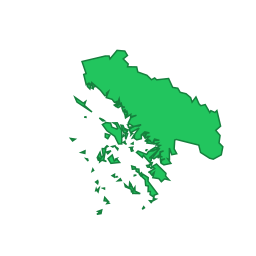 outline of Myeik, Tanintharyi, Myanmar, rotated 320°
{"feature_id": "60261553B82376991609151", "entity_name": "Myeik", "entity_type": "district", "adm_level": 2, "iso_a3": "MMR", "parent_name": "Myanmar", "parent_adm1": "Tanintharyi", "projection": "mercator", "projection_center": [98.426, 12.423], "detail": "fine", "context": "isolated", "style": "filled", "palette": "green", "viewbox_px": 256, "rotation_deg": 320, "n_neighbors": 0, "source": "geoboundaries", "source_scale": "gbopen_adm2", "svg_char_len": 6062}
<svg xmlns="http://www.w3.org/2000/svg" viewBox="0 0 256 256"><g transform="rotate(320 128 128)"><path d="M128.5,58.5L123.8,68.0L127.0,68.5L127.5,71.3L129.4,69.8L131.2,81.2L131.0,88.4L132.7,89.1L134.0,87.4L136.6,87.4L130.9,90.7L134.3,95.9L134.1,99.7L137.2,100.7L135.0,100.6L134.7,102.8L140.0,99.9L137.1,104.7L132.7,103.8L133.5,106.1L137.6,106.8L137.4,105.2L137.8,104.4L138.8,104.6L137.1,107.8L139.0,109.9L136.2,108.8L135.0,112.0L138.2,111.8L135.9,112.7L138.0,114.3L137.2,115.9L135.3,112.6L133.7,117.0L135.4,116.8L136.1,117.4L136.6,116.6L136.9,116.8L136.3,117.5L133.4,117.3L132.6,118.7L138.9,119.4L137.2,121.1L142.7,123.7L136.9,121.9L131.3,124.4L133.3,130.4L140.2,133.8L138.1,133.7L134.1,130.9L132.5,130.6L131.6,129.6L130.8,129.7L130.3,129.6L128.8,128.5L130.2,130.1L128.1,129.9L126.9,133.2L136.5,135.2L128.9,137.1L126.3,139.9L127.1,142.7L131.4,144.8L133.7,141.8L138.4,141.7L141.3,145.5L139.0,144.1L134.5,146.1L134.6,146.9L137.9,147.2L138.9,148.2L132.9,149.0L133.9,151.1L134.5,150.3L136.1,150.1L136.9,151.8L136.7,152.9L135.8,150.4L132.9,151.7L136.6,155.7L141.2,153.5L144.1,157.6L139.9,154.3L137.6,157.0L141.4,158.9L138.7,159.2L141.4,162.0L138.1,161.6L138.8,164.0L127.4,166.5L128.0,168.3L135.0,168.8L137.3,166.9L140.6,168.4L137.0,167.4L135.6,169.4L131.3,170.2L134.3,170.1L135.9,172.2L134.1,170.6L131.8,174.2L133.1,173.6L136.6,175.4L132.7,174.3L130.8,176.4L131.8,179.3L138.1,182.7L138.6,177.2L139.5,178.8L146.8,169.9L144.4,176.6L148.8,179.0L149.9,173.7L156.1,167.2L157.7,167.9L171.2,186.6L167.9,193.4L171.1,203.6L173.3,206.7L182.2,208.5L188.6,203.3L188.2,197.9L193.7,192.9L193.7,186.2L200.1,186.1L207.3,171.8L204.6,172.0L202.6,168.0L200.6,168.7L202.2,159.7L198.1,157.7L197.9,155.1L200.0,147.9L193.7,149.4L195.5,145.0L194.5,139.1L190.9,134.2L191.7,129.5L188.3,125.6L190.9,116.2L180.9,109.5L180.6,106.8L177.0,106.1L176.4,99.8L171.5,91.4L173.9,86.8L167.0,80.8L169.3,79.1L168.7,72.0L174.2,72.1L175.0,67.0L169.5,61.5L158.6,63.5L159.8,60.7L156.8,58.2L135.5,47.5L130.9,59.4L128.5,58.5ZM114.5,109.6L110.6,108.9L110.1,116.5L112.5,125.8L110.5,134.1L113.0,136.2L121.6,125.8L123.1,117.1L120.1,114.7L121.0,117.7L119.9,121.6L118.8,121.7L116.2,117.0L117.8,113.0L114.5,109.6ZM126.7,173.9L120.2,172.8L119.6,173.7L122.2,174.6L122.4,176.3L114.9,175.1L116.9,175.6L118.0,176.3L116.0,176.0L116.0,179.7L117.1,180.0L117.9,178.8L119.6,178.8L115.1,182.0L119.1,186.6L119.0,190.6L123.3,190.5L126.1,194.2L125.9,189.0L127.9,187.1L126.7,173.9ZM109.8,173.2L107.3,173.7L107.9,178.6L104.6,183.4L106.2,185.5L102.5,189.6L104.3,191.0L102.1,193.2L103.3,197.4L100.3,199.8L103.8,200.5L102.4,198.8L104.8,196.3L108.3,197.5L109.1,181.7L111.6,179.0L109.8,173.2ZM120.9,152.1L118.8,152.2L120.1,159.8L122.2,158.8L122.5,167.8L124.9,167.8L127.1,165.6L125.5,164.9L125.7,164.7L136.0,164.4L136.4,162.5L133.1,161.9L128.7,159.2L125.3,160.2L120.9,152.1ZM97.6,129.7L95.1,127.2L94.7,127.5L91.4,133.1L88.6,133.7L91.0,128.6L85.4,130.9L84.3,134.3L86.6,132.1L87.1,133.7L84.6,135.8L87.3,135.9L89.9,139.8L88.9,136.8L97.6,129.7ZM98.6,138.5L93.0,138.6L92.2,144.1L99.4,149.0L99.5,145.0L96.3,144.4L98.6,138.5ZM107.1,70.3L105.6,75.3L110.7,92.6L109.1,82.6L112.6,80.4L109.7,80.2L107.1,70.3ZM89.3,169.1L88.2,171.4L91.0,176.8L89.7,179.1L91.4,179.3L89.6,181.2L95.2,186.1L92.8,180.8L95.1,177.9L92.6,178.8L93.5,175.3L89.9,173.3L89.3,169.1ZM124.4,121.3L121.9,128.8L123.6,130.7L125.5,128.9L124.3,127.4L125.8,122.9L124.4,121.3ZM107.0,117.8L104.7,120.3L105.6,123.2L109.6,121.8L107.0,117.8ZM119.0,135.2L124.1,132.2L122.3,130.1L119.0,135.2ZM55.2,173.9L51.3,172.5L52.3,174.5L48.7,174.1L52.3,176.2L55.2,173.9ZM125.2,68.6L123.6,70.1L123.9,73.6L127.0,71.2L125.2,68.6ZM137.4,162.9L137.0,160.4L131.6,159.6L132.8,161.3L137.4,162.9ZM65.7,171.5L65.6,166.2L62.9,168.3L65.7,171.5ZM107.9,164.5L106.5,166.3L107.6,169.8L109.9,166.5L107.9,164.5ZM106.4,159.5L104.8,162.4L107.5,164.2L108.5,162.7L106.4,159.5ZM100.3,134.5L96.0,132.5L95.9,134.8L100.3,134.5ZM80.4,117.8L76.3,116.6L78.6,119.7L80.4,117.8ZM80.4,102.6L77.3,99.1L77.2,102.3L80.4,102.6ZM135.0,145.3L137.8,143.5L138.0,142.1L134.7,142.8L135.0,145.3ZM127.8,71.7L127.1,74.1L129.3,75.1L129.7,72.7L127.8,71.7ZM109.6,170.9L107.1,170.7L107.0,172.9L109.1,172.7L109.6,170.9ZM118.2,168.7L117.8,170.5L119.2,171.9L120.3,169.9L118.2,168.7ZM67.2,155.4L64.2,155.7L64.0,157.7L67.2,155.4ZM117.1,136.2L115.1,136.0L116.3,139.6L116.2,137.7L117.1,136.2ZM117.3,148.7L117.7,146.4L116.6,145.9L115.7,148.0L117.3,148.7ZM119.3,145.7L117.2,144.4L118.0,146.4L119.3,145.7ZM94.3,170.8L92.1,173.0L93.4,174.6L94.1,173.4L94.3,170.8ZM100.5,128.1L97.3,128.4L100.8,129.2L100.5,128.1ZM89.5,161.9L86.2,161.9L89.1,163.9L89.5,161.9ZM135.6,104.0L138.7,101.8L134.9,103.9L135.6,104.0ZM114.6,107.3L114.3,105.8L112.5,101.9L113.1,106.2L114.6,107.3ZM72.7,138.1L74.4,138.4L74.7,136.8L72.7,138.1ZM132.5,103.3L134.2,102.1L132.2,101.6L132.5,103.3ZM70.9,148.8L68.5,148.6L68.9,151.2L70.3,150.2L70.9,148.8ZM122.4,171.2L124.4,170.1L123.0,169.1L122.4,171.2ZM89.3,199.7L89.4,198.4L86.7,199.4L89.3,199.7ZM123.8,130.8L126.0,129.9L125.6,129.7L123.8,130.8ZM87.9,154.8L85.2,154.3L86.0,156.8L87.9,154.8ZM107.2,137.3L106.2,133.5L106.1,138.0L107.2,137.3ZM126.3,139.0L127.2,137.6L124.9,138.5L126.3,139.0ZM125.9,135.2L127.9,135.1L127.3,134.2L125.9,135.2ZM97.8,197.6L97.8,200.0L98.6,199.9L99.3,199.0L97.8,197.6ZM126.7,157.1L128.4,156.9L128.0,156.4L126.7,157.1ZM124.5,127.3L126.1,128.3L125.3,126.5L124.5,127.3ZM76.2,127.7L77.1,125.8L76.1,124.5L76.2,127.7ZM126.5,75.6L127.2,74.9L125.9,74.1L126.5,75.6ZM129.6,126.7L130.6,125.8L129.7,125.3L129.6,126.7ZM102.9,92.3L101.4,91.5L102.6,92.8L102.9,92.3ZM122.4,142.6L120.6,142.4L121.5,143.6L122.4,142.6ZM104.2,169.4L102.5,168.2L102.1,168.6L104.2,169.4ZM64.5,154.2L62.9,155.3L63.8,155.9L64.5,154.2ZM64.9,173.3L64.5,171.9L63.2,172.3L64.9,173.3ZM121.3,171.4L122.0,169.9L121.5,169.7L121.3,171.4ZM71.4,158.9L70.1,158.1L70.8,159.6L71.4,158.9ZM105.6,132.8L103.8,131.9L104.2,132.9L105.6,132.8ZM118.8,131.4L119.9,131.4L120.0,130.4L118.8,131.4ZM88.4,158.1L86.6,157.6L88.4,158.5L88.4,158.1ZM99.8,144.2L97.9,143.5L98.8,144.4L99.8,144.2ZM128.9,128.4L131.2,129.3L128.9,127.8L128.9,128.4Z" fill="#22c55e" stroke="#15803d" stroke-width="1.5"/></g></svg>